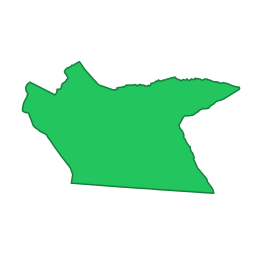 San Miguel Mixtepec, Oaxaca, Mexico (Robinson projection), rotated 6°
{"feature_id": "50627088B95758016663451", "entity_name": "San Miguel Mixtepec", "entity_type": "district", "adm_level": 2, "iso_a3": "MEX", "parent_name": "Mexico", "parent_adm1": "Oaxaca", "projection": "robinson", "projection_center": [-96.942, 16.759], "detail": "fine", "context": "isolated", "style": "filled", "palette": "green", "viewbox_px": 256, "rotation_deg": 6, "n_neighbors": 0, "source": "geoboundaries", "source_scale": "gbopen_adm2", "svg_char_len": 3766}
<svg xmlns="http://www.w3.org/2000/svg" viewBox="0 0 256 256"><g transform="rotate(6 128 128)"><path d="M220.2,183.7L218.5,179.8L213.8,174.4L212.5,173.0L211.8,170.6L201.2,160.3L196.4,151.8L197.0,150.6L194.7,145.9L193.4,144.9L192.7,143.3L192.1,142.1L191.9,140.7L191.9,140.3L190.3,139.4L187.1,135.3L186.4,133.9L185.5,132.8L185.0,132.5L184.5,131.8L184.2,128.7L182.9,126.3L182.0,124.8L181.3,124.5L179.8,122.8L179.1,121.6L178.4,119.7L179.3,117.8L181.6,112.2L182.3,110.9L183.5,109.9L186.8,109.6L190.6,108.6L192.3,107.7L193.0,106.8L193.7,106.4L194.4,105.6L195.7,104.7L196.1,104.3L197.2,103.1L197.4,103.0L197.8,102.4L198.8,101.9L199.4,101.3L200.8,101.1L201.7,100.9L202.1,100.9L203.5,100.6L204.2,100.6L206.2,99.8L206.8,98.8L207.4,97.9L208.4,97.0L209.0,96.3L209.4,96.0L210.4,95.5L210.6,95.2L211.7,93.9L212.4,93.0L213.4,92.3L215.5,91.2L216.9,90.9L217.6,90.6L218.7,89.9L219.9,89.3L234.6,77.9L234.7,77.5L234.9,76.9L234.4,75.8L233.0,75.8L231.5,75.7L228.6,75.3L227.5,75.1L227.0,74.8L226.0,74.6L225.0,74.4L224.5,74.2L223.6,73.8L222.7,73.5L220.9,73.3L218.5,73.0L217.3,73.1L216.6,73.6L215.5,73.7L214.3,73.6L212.7,72.9L211.1,72.8L210.2,73.0L209.2,73.1L208.7,73.0L208.4,72.9L208.0,73.0L207.4,72.8L204.4,71.8L204.3,71.7L203.9,71.8L203.6,71.7L202.2,71.7L202.0,71.2L201.7,71.1L200.8,71.2L199.7,71.3L199.0,71.2L197.8,72.5L197.4,72.7L195.1,72.2L194.8,71.9L193.6,72.0L192.7,71.6L190.5,71.7L189.7,71.5L189.4,71.6L189.2,72.0L189.4,72.7L189.3,72.9L188.0,73.0L186.2,72.8L186.0,72.6L184.5,74.2L182.5,73.9L181.4,73.1L181.1,74.2L179.1,74.3L178.4,74.0L177.6,74.0L176.7,75.0L176.1,75.3L174.8,75.2L174.7,74.8L171.1,74.0L170.0,73.0L169.7,72.6L168.2,72.7L168.0,72.9L167.0,73.6L165.9,73.5L164.8,74.2L161.4,75.4L161.3,75.5L160.8,75.7L160.2,76.5L158.4,76.4L156.2,78.0L155.8,77.8L154.0,77.5L153.2,77.1L152.3,78.5L152.0,78.7L151.0,78.4L149.9,79.8L148.2,80.8L146.4,81.1L145.8,83.0L145.3,84.0L144.9,83.7L143.9,83.4L142.6,84.4L141.1,84.4L140.6,84.6L140.4,84.5L140.0,84.0L139.0,83.7L137.6,84.1L136.9,83.6L136.4,84.0L135.8,84.0L135.4,83.5L135.2,83.5L133.8,84.3L133.0,85.2L132.3,84.6L130.2,84.0L129.1,84.7L128.3,84.7L127.4,84.8L126.9,85.3L126.4,85.0L126.1,85.0L125.4,85.3L123.9,85.2L123.5,85.3L123.0,85.7L122.1,85.4L121.9,85.5L121.4,86.1L121.0,86.2L120.9,86.3L120.2,87.4L119.8,87.5L119.3,87.3L118.7,87.9L118.3,88.0L118.0,87.8L116.4,88.4L114.9,88.6L114.4,88.8L112.9,89.3L113.0,89.9L113.0,90.0L113.2,90.3L113.2,90.5L113.1,90.8L112.8,90.8L112.6,90.8L112.4,90.8L112.2,90.9L112.2,91.0L111.9,91.0L111.7,91.1L111.4,91.3L111.2,91.4L111.2,91.5L110.9,91.5L110.8,91.4L110.7,91.4L110.4,91.3L110.2,91.3L109.9,91.4L109.7,91.4L109.6,91.5L109.4,91.6L109.4,91.8L109.2,91.9L108.9,91.8L108.8,91.7L108.7,91.6L108.4,91.6L108.2,91.5L108.1,91.4L107.9,91.4L107.7,91.3L94.3,88.2L86.9,81.6L78.9,74.3L72.9,67.2L71.0,68.1L70.8,68.3L70.6,68.7L70.1,69.1L69.1,69.5L67.5,71.0L66.8,71.4L65.7,71.4L65.4,71.8L65.0,72.6L64.3,73.0L63.9,73.2L63.6,73.3L62.9,74.0L62.6,74.3L61.4,74.5L61.0,75.0L60.7,75.4L59.6,76.6L58.9,78.7L59.1,79.3L59.4,79.8L60.1,80.4L61.7,82.4L62.9,84.0L62.8,85.3L61.8,86.4L61.4,87.5L61.0,88.4L59.2,89.8L58.0,91.0L58.0,91.5L57.4,92.7L57.6,94.1L57.0,95.6L55.7,96.8L54.6,96.7L53.5,96.9L53.3,100.4L51.9,102.7L25.5,92.6L24.4,94.2L23.5,94.6L22.5,96.7L22.1,98.0L22.1,99.1L22.4,100.2L22.7,101.6L25.1,104.7L24.5,105.2L24.1,107.9L23.1,110.2L23.0,110.5L22.9,110.9L22.7,111.1L22.6,111.3L21.6,114.4L21.2,117.6L21.1,119.1L21.1,120.0L21.4,122.0L22.9,122.9L24.8,123.4L26.7,123.2L27.4,123.6L28.2,124.6L28.8,126.3L29.8,128.1L33.7,135.8L36.2,137.7L39.1,139.2L40.7,140.4L47.5,143.1L49.5,145.9L53.0,149.6L56.0,153.4L64.6,163.0L71.3,170.0L74.9,173.8L77.9,180.0L77.4,188.8L125.2,187.4L130.8,187.2L133.1,187.1L145.8,186.7L154.8,186.2L163.6,186.1L196.9,184.8L206.2,184.5L218.9,184.0L220.2,183.7Z" fill="#22c55e" stroke="#15803d" stroke-width="1.5"/></g></svg>